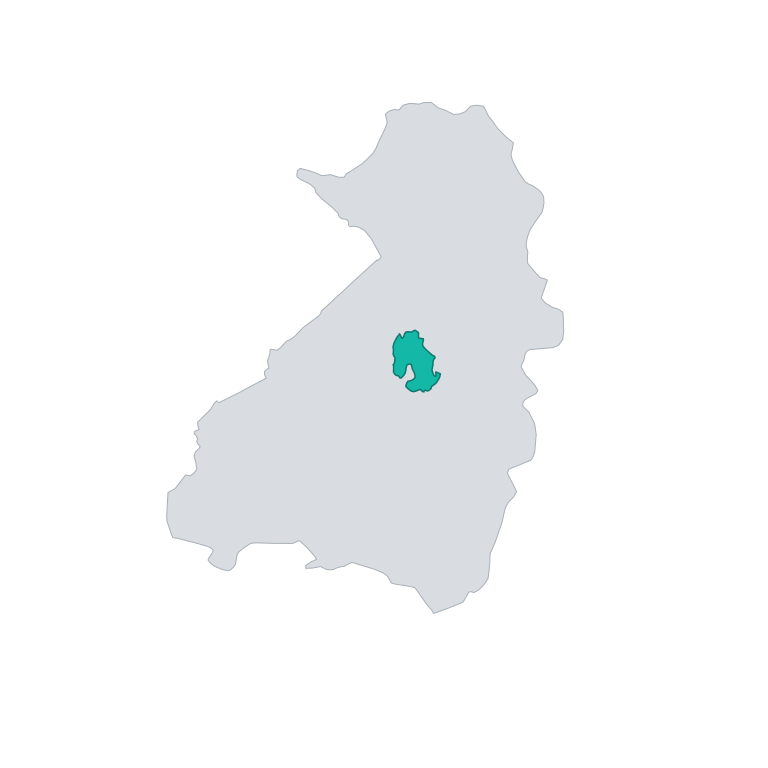 Burkina Faso, with Boulkiemdé highlighted, rotated 138°
{"feature_id": "BFA-2812", "entity_name": "Boulkiemdé", "entity_type": "Province", "adm_level": 1, "iso_a3": "BFA", "parent_name": "Burkina Faso", "parent_adm1": "", "projection": "natural_earth1", "projection_center": [-2.108, 12.305], "detail": "fine", "context": "in_parent", "style": "filled", "palette": "teal", "viewbox_px": 768, "rotation_deg": 138, "n_neighbors": 0, "source": "natural_earth", "source_scale": "10m", "svg_char_len": 4601}
<svg xmlns="http://www.w3.org/2000/svg" viewBox="0 0 768 768"><g transform="rotate(138 384 384)"><path d="M546.3,480.4L529.4,481.2L523.2,483.3L519.5,483.3L519.4,481.6L519.0,480.5L497.6,474.6L482.6,471.0L467.5,467.1L466.6,470.8L464.4,473.2L461.2,473.3L458.9,472.8L457.4,475.6L454.9,479.3L451.3,481.1L447.9,483.4L446.0,485.5L444.6,485.5L441.1,480.7L436.5,480.3L427.8,481.1L424.0,479.8L418.7,479.1L406.2,480.1L386.2,478.2L382.9,479.2L382.1,480.1L362.3,480.3L340.5,480.6L322.3,480.8L306.4,480.9L306.4,480.1L301.3,480.0L300.7,481.6L296.2,500.7L295.7,511.1L298.0,517.6L300.8,521.6L303.8,523.3L304.1,525.7L301.7,528.7L301.9,531.7L304.7,534.9L305.4,538.2L303.9,541.7L304.3,550.1L306.4,563.3L306.5,571.9L304.4,575.9L305.4,582.6L309.3,592.1L310.0,596.1L308.6,598.0L305.4,600.5L302.1,600.4L298.2,594.6L296.5,592.0L293.4,586.2L290.8,580.4L287.2,577.8L283.7,575.4L279.4,568.0L275.3,564.4L271.0,565.4L264.6,564.1L251.8,562.2L238.0,562.8L232.3,564.5L226.7,567.2L212.3,573.1L206.7,576.1L202.4,583.5L197.5,583.4L192.6,581.0L189.6,577.6L183.1,578.4L176.8,575.1L170.7,568.6L166.2,566.5L160.5,561.8L158.9,552.9L155.3,546.6L152.0,537.9L147.0,534.0L141.3,532.0L133.4,532.4L128.3,528.9L124.2,523.8L125.3,519.4L127.1,513.2L127.4,507.2L128.6,497.4L127.9,485.2L126.5,476.7L130.9,473.1L135.9,469.9L139.0,464.1L142.3,451.1L143.7,439.9L142.7,435.7L141.1,432.4L139.8,427.6L139.0,421.7L140.0,416.5L143.8,411.7L148.6,407.8L151.9,405.8L160.9,403.9L172.2,400.9L178.7,397.5L183.4,394.1L186.0,391.5L188.7,386.0L193.1,381.8L196.5,377.5L196.9,365.6L196.9,358.8L194.5,355.1L193.1,351.9L209.8,342.6L209.9,336.0L207.6,328.6L204.3,322.7L203.1,317.6L207.7,311.6L211.9,307.1L214.8,303.3L221.4,297.5L228.2,296.0L234.3,298.1L252.5,311.9L255.7,312.8L259.4,311.7L264.2,308.1L270.5,305.3L272.8,296.1L272.6,282.5L274.0,276.3L277.3,275.2L287.7,277.8L290.4,278.0L293.5,277.1L295.7,274.7L295.6,270.3L295.1,266.5L298.5,253.9L304.8,244.5L317.4,232.7L321.3,230.4L325.8,229.1L348.3,237.2L352.0,235.2L357.5,215.2L363.6,213.3L370.9,212.9L375.7,211.2L378.2,209.8L388.9,202.2L407.7,191.8L417.9,187.3L419.9,185.7L427.1,178.3L436.8,169.9L442.9,168.2L451.4,167.5L456.8,168.9L458.2,171.3L460.0,172.6L471.1,169.0L487.0,174.7L500.7,180.3L499.8,183.9L499.8,190.2L498.7,200.1L497.3,212.1L503.0,219.8L509.8,228.1L511.7,231.3L509.9,239.5L511.1,244.3L514.8,252.3L520.9,262.4L527.2,272.9L531.6,274.3L535.7,275.1L538.2,277.0L541.9,278.8L545.6,280.0L548.7,282.2L550.8,284.5L553.4,290.9L560.5,295.2L565.5,299.4L563.5,301.5L557.3,300.7L551.5,298.8L550.8,301.9L550.6,313.7L551.5,323.5L552.9,324.9L558.7,326.7L572.7,339.5L585.3,351.5L589.5,354.7L596.5,355.9L604.3,356.4L607.6,355.3L615.2,349.2L619.2,348.5L622.9,348.7L624.9,349.6L628.5,354.6L632.0,362.1L632.9,367.7L632.6,370.6L631.5,371.7L625.3,373.2L622.6,374.3L622.0,375.9L622.9,379.7L624.2,382.1L631.0,392.9L640.8,407.5L643.8,411.2L642.1,415.6L637.2,427.0L633.5,431.7L617.1,447.9L609.1,446.0L592.2,449.2L589.6,445.5L585.7,445.0L580.8,445.7L579.0,447.1L578.5,448.7L576.7,450.9L573.6,457.3L571.2,458.9L568.2,459.9L564.5,459.8L562.4,460.6L562.4,463.8L561.7,466.6L559.2,467.9L558.2,471.0L558.4,474.1L556.9,475.4L553.7,474.7L551.9,473.8L550.1,477.8L547.9,480.4L546.3,480.4Z" fill="#d9dde1" stroke="#a8b0b8" stroke-width="1"/><path d="M337.3,358.1L336.5,356.6L335.7,354.7L335.4,353.7L336.2,353.1L336.7,352.9L337.9,351.9L340.0,351.1L344.1,349.9L346.1,349.8L350.0,350.3L351.2,349.8L352.0,349.1L355.2,349.2L356.6,350.0L357.6,351.9L358.8,352.1L359.6,351.5L359.9,351.8L360.5,352.6L360.5,354.2L360.8,355.8L362.5,356.5L364.7,357.2L367.0,358.4L368.5,360.5L369.1,363.2L369.5,367.1L368.7,368.3L366.1,369.6L364.2,370.0L362.7,369.0L360.9,368.1L359.1,367.9L356.7,368.0L355.4,369.2L354.5,371.0L353.6,373.2L352.9,376.2L351.4,378.8L350.7,380.6L351.9,382.0L354.0,382.8L356.3,381.6L358.8,379.4L361.2,377.9L363.7,377.2L366.3,377.0L367.5,377.1L368.1,377.8L367.9,379.3L367.9,380.8L369.1,382.1L369.4,383.5L369.3,385.0L369.0,386.3L368.3,387.3L366.8,388.7L365.0,390.8L364.3,392.2L362.7,392.4L360.9,393.6L359.9,394.9L358.5,395.5L358.1,397.5L357.3,400.0L354.9,402.2L353.9,403.4L353.0,404.7L352.9,405.1L351.5,406.2L349.4,407.6L343.6,409.9L341.0,410.4L340.0,410.3L339.1,410.9L338.9,410.0L339.6,408.0L340.0,406.0L338.0,405.9L335.2,407.5L333.1,408.0L331.6,407.1L328.7,404.1L326.6,403.8L324.9,403.1L324.2,400.4L324.2,398.7L324.7,398.3L326.0,397.0L327.4,395.1L326.2,393.2L324.6,391.4L325.5,390.0L328.2,388.4L329.8,386.1L329.8,381.4L328.8,372.8L328.3,372.0L327.9,370.7L328.5,369.3L330.6,369.0L332.9,367.7L334.4,365.8L338.8,362.5L340.3,359.7L341.2,356.4L340.4,355.0L338.9,356.2L338.1,357.8L337.3,358.1Z" fill="#14b8a6" stroke="#0f766e" stroke-width="1.5"/></g></svg>